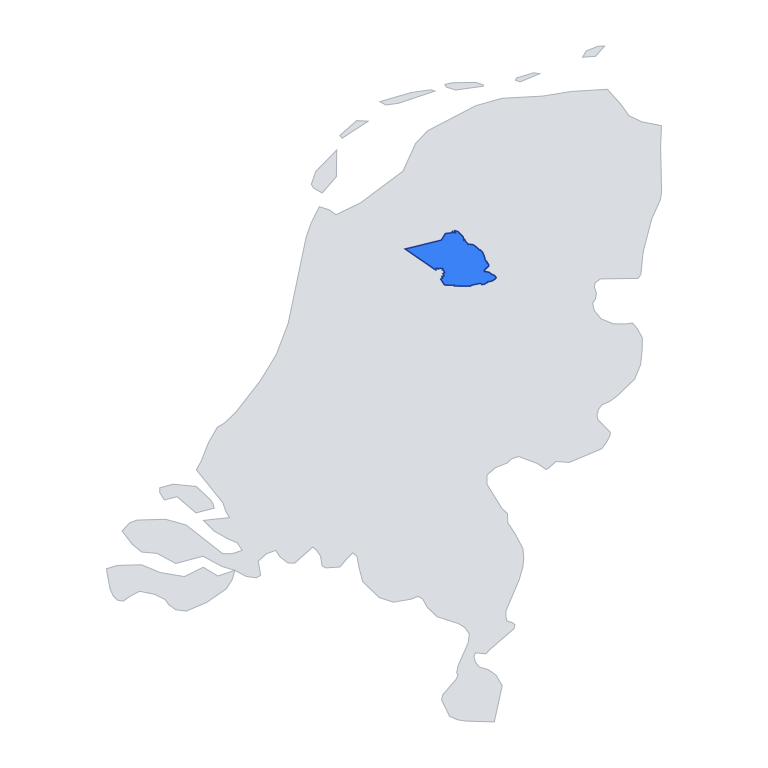 location of Noordoostpolder, Flevoland, Netherlands
{"feature_id": "6326949B24285536392101", "entity_name": "Noordoostpolder", "entity_type": "district", "adm_level": 2, "iso_a3": "NLD", "parent_name": "Netherlands", "parent_adm1": "Flevoland", "projection": "albers", "projection_center": [5.775, 52.726], "detail": "fine", "context": "in_parent", "style": "filled", "palette": "blue", "viewbox_px": 768, "rotation_deg": 0, "n_neighbors": 0, "source": "geoboundaries", "source_scale": "gbopen_adm2", "svg_char_len": 5887}
<svg xmlns="http://www.w3.org/2000/svg" viewBox="0 0 768 768"><path d="M494.3,721.9L479.2,721.5L465.1,721.0L457.6,719.8L449.6,716.3L446.0,708.9L441.6,700.1L442.8,694.7L456.1,679.3L458.0,675.1L456.7,672.8L458.0,666.0L468.1,643.1L469.4,633.9L464.9,627.5L458.4,623.6L437.3,616.8L427.2,607.2L422.6,598.8L417.9,596.4L411.0,599.2L393.5,602.2L379.3,597.6L362.7,581.6L359.0,567.4L357.0,556.5L352.9,552.8L347.2,558.3L340.0,567.0L325.9,567.9L322.0,565.8L321.3,560.9L320.6,556.2L316.8,550.4L312.7,547.1L294.7,563.1L288.0,563.0L279.8,556.6L275.8,550.4L266.6,553.7L258.2,561.1L260.7,575.3L256.3,577.9L246.1,576.4L234.8,570.3L222.1,566.5L202.9,556.2L175.7,563.5L157.2,553.4L141.6,552.0L132.1,544.1L122.1,531.0L129.7,522.8L137.0,520.1L165.5,519.3L186.1,525.0L222.7,553.7L232.1,553.7L242.2,550.4L237.3,542.8L228.0,538.9L214.3,531.2L203.5,520.4L229.6,517.6L226.1,512.1L222.9,502.8L196.4,469.8L201.2,461.2L208.5,442.6L217.4,427.2L224.3,423.2L235.7,412.4L260.5,380.5L276.3,354.5L288.2,323.3L306.1,237.4L311.2,222.8L319.4,206.7L329.3,209.9L336.1,214.7L360.8,202.7L403.0,171.1L415.5,143.6L427.6,130.8L475.5,105.8L501.9,98.3L542.6,96.1L572.0,91.4L607.3,89.3L621.0,104.5L629.0,115.7L641.7,121.8L661.4,125.7L660.6,148.0L661.6,192.1L660.3,199.9L651.8,218.7L643.1,252.2L640.9,274.2L638.1,278.4L600.4,278.9L595.1,282.8L594.4,287.5L596.4,293.2L595.5,298.8L592.6,303.4L594.3,310.6L601.0,318.8L613.1,323.8L625.9,324.0L632.5,323.0L637.4,328.8L642.3,337.9L642.2,349.3L640.6,364.7L634.7,379.0L617.4,395.7L609.6,401.5L602.2,404.6L598.7,409.0L597.1,414.5L597.6,419.3L610.3,432.3L610.1,435.3L606.5,442.2L601.8,448.7L569.4,462.4L556.0,461.5L548.4,468.2L546.0,469.5L537.5,463.5L518.5,456.5L511.3,459.0L507.4,462.9L495.5,467.6L487.0,475.0L487.0,484.4L502.2,508.8L507.5,513.6L507.8,522.7L515.3,534.2L522.9,548.5L523.8,557.6L522.9,566.9L519.1,580.0L506.0,610.7L505.9,616.6L507.0,621.1L511.6,622.3L515.0,624.6L514.0,628.7L489.2,650.1L486.0,653.8L475.5,652.8L473.9,656.3L475.4,662.1L479.4,667.1L488.4,669.7L496.0,675.1L502.2,685.7L494.3,721.9ZM234.8,570.3L232.4,579.1L226.5,588.7L206.7,602.4L186.2,611.1L175.7,609.7L168.7,604.6L165.0,599.4L154.3,594.2L139.4,591.3L130.0,596.3L123.2,601.1L117.4,600.1L113.2,595.8L110.1,589.2L106.4,568.8L117.6,565.4L141.6,564.8L160.0,572.5L184.4,576.6L203.3,567.3L217.8,576.0L234.8,570.3ZM196.3,486.5L210.2,499.6L213.1,503.8L214.1,508.2L195.9,512.9L177.1,496.7L164.3,500.0L159.7,492.4L159.8,487.8L173.1,484.2L196.3,486.5ZM336.4,176.6L322.2,193.0L313.7,188.2L311.3,184.4L315.8,171.4L336.7,150.1L336.4,176.6ZM398.8,103.2L385.8,105.0L379.9,101.6L411.4,92.5L431.3,89.8L434.8,91.1L398.8,103.2ZM483.3,86.2L455.7,90.0L446.4,87.1L444.9,84.4L452.4,82.8L475.9,82.4L483.1,84.8L483.3,86.2ZM368.2,121.2L342.1,138.2L339.9,135.4L356.8,120.6L368.2,121.2ZM595.5,56.3L582.6,57.2L586.2,51.0L598.1,46.2L604.6,46.1L595.5,56.3ZM539.7,73.7L520.2,81.8L515.4,80.2L516.6,77.9L533.8,72.8L539.7,73.7Z" fill="#d9dde1" stroke="#a8b0b8" stroke-width="1"/><path d="M491.1,281.2L492.2,280.9L493.6,280.0L495.3,278.9L495.6,278.5L496.2,277.6L496.0,277.4L495.9,277.1L495.4,276.6L494.8,275.7L493.7,275.0L491.7,274.4L491.3,274.2L491.1,274.0L491.1,273.9L491.0,273.7L490.9,273.6L490.4,273.3L490.1,273.1L489.6,272.5L489.2,272.3L489.0,272.2L488.8,272.3L488.5,272.2L488.3,272.1L487.8,271.9L487.2,271.9L486.0,271.5L485.4,271.3L485.2,271.3L485.2,271.7L484.5,271.6L484.3,271.2L484.2,271.1L484.2,270.6L484.3,270.1L485.2,269.3L486.0,268.5L485.9,268.4L486.2,268.1L486.6,267.7L486.9,267.9L487.0,267.8L488.0,266.7L488.4,266.6L488.8,265.8L488.7,264.8L487.9,263.4L487.3,263.4L487.4,262.6L486.8,261.5L485.6,260.8L485.5,260.6L485.4,260.2L485.0,258.9L484.6,257.2L483.8,255.0L483.2,253.6L482.7,252.4L481.5,251.2L480.3,249.9L479.5,250.0L478.9,249.6L478.7,249.1L477.4,248.1L477.0,247.6L476.6,247.2L476.0,246.8L475.0,246.0L473.8,245.1L472.7,244.7L472.3,244.5L471.5,244.5L471.4,244.5L471.2,244.4L470.6,244.4L470.4,244.3L469.3,244.3L468.0,244.5L467.9,243.9L467.7,243.5L466.1,242.1L465.8,241.6L465.2,240.6L464.6,239.4L463.8,240.0L463.8,239.8L463.6,239.4L463.6,239.2L463.4,238.2L463.2,237.4L463.1,236.8L462.6,236.3L462.0,235.6L460.9,234.5L460.2,233.8L459.6,233.2L458.7,232.3L458.0,231.6L457.1,231.3L455.4,230.8L454.6,230.6L454.6,230.8L454.7,231.1L454.8,231.5L454.9,232.0L455.0,232.2L455.0,232.3L455.0,232.5L455.2,232.8L455.3,233.0L455.2,233.0L455.1,232.9L454.9,232.8L454.9,232.7L454.7,232.6L454.4,232.5L454.3,232.4L454.2,232.4L453.8,232.2L453.6,232.2L453.4,232.1L453.2,232.1L453.0,231.9L453.0,232.0L452.8,231.9L452.8,232.0L452.7,232.0L452.8,232.1L452.8,232.4L452.8,232.5L452.7,232.5L451.7,232.8L451.7,232.4L451.5,232.8L449.2,233.1L447.9,233.2L446.8,233.4L445.5,233.5L445.0,234.2L442.4,238.5L441.3,240.1L439.1,240.7L425.1,244.1L422.5,244.8L405.2,249.0L420.1,259.3L422.4,260.8L435.5,269.9L436.0,269.9L436.0,269.5L436.0,268.6L436.1,268.3L437.4,268.3L437.4,268.5L437.6,268.5L437.8,268.5L438.2,269.0L438.3,268.9L438.5,268.8L438.5,268.7L439.2,268.6L439.8,268.5L440.4,268.4L440.5,268.4L441.2,268.4L441.9,268.4L442.5,268.5L443.0,268.5L443.0,268.4L443.0,268.5L442.9,269.0L442.9,269.3L442.7,269.5L442.8,269.5L442.7,269.5L442.8,269.7L443.2,270.2L443.7,270.9L444.6,272.2L444.7,272.3L442.9,273.6L443.8,274.9L443.9,275.1L443.8,275.3L443.8,276.1L443.3,276.2L442.0,276.2L441.9,276.5L442.0,276.7L442.0,276.8L442.3,277.3L442.7,277.8L441.1,278.8L440.7,279.2L441.0,279.6L441.5,280.3L441.9,281.0L442.8,282.4L443.7,283.8L443.8,283.9L443.8,284.0L444.0,284.2L444.0,284.3L444.2,284.5L444.3,284.5L444.5,284.7L444.6,284.8L444.8,284.9L445.0,285.0L445.3,285.1L445.5,285.1L445.8,285.1L446.0,285.1L448.7,285.2L449.0,285.2L449.5,285.2L450.4,285.2L451.4,285.2L454.4,285.2L454.4,286.0L457.0,286.0L458.6,286.1L460.6,286.1L462.2,286.1L466.9,286.1L470.6,286.1L471.1,285.4L473.5,284.8L474.9,284.5L476.2,284.2L478.3,283.8L480.3,283.3L481.1,283.7L481.8,284.6L482.7,284.5L484.2,284.3L485.3,283.6L487.5,282.4L487.4,282.0L489.7,281.5L491.1,281.2Z" fill="#3b82f6" stroke="#1e3a8a" stroke-width="1.5"/></svg>